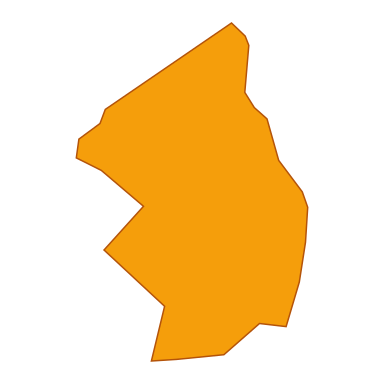 map outline of Flacq (Natural Earth projection)
{"feature_id": "MUS-5184", "entity_name": "Flacq", "entity_type": "District", "adm_level": 1, "iso_a3": "MUS", "parent_name": "Mauritius", "parent_adm1": "", "projection": "natural_earth1", "projection_center": [57.71, -20.212], "detail": "fine", "context": "isolated", "style": "filled", "palette": "amber", "viewbox_px": 384, "rotation_deg": 0, "n_neighbors": 0, "source": "natural_earth", "source_scale": "10m", "svg_char_len": 436}
<svg xmlns="http://www.w3.org/2000/svg" viewBox="0 0 384 384"><path d="M231.5,23.0L245.2,36.1L248.8,45.4L244.8,92.4L254.3,107.6L267.0,118.9L278.7,160.4L302.3,191.9L307.7,207.3L305.5,242.2L299.3,282.1L286.1,326.6L259.5,323.5L223.9,354.7L176.5,359.4L151.4,361.0L164.6,306.3L104.0,250.0L143.5,206.3L101.3,170.4L76.3,157.9L77.1,152.1L78.9,139.1L100.0,123.5L105.3,109.4L231.5,23.0Z" fill="#f59e0b" stroke="#b45309" stroke-width="1.5"/></svg>